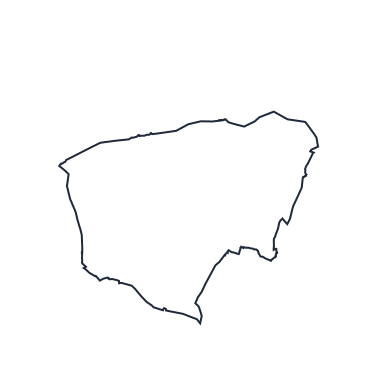 Gol nor, Buskerud, Norway, rotated 320°
{"feature_id": "86288312B77514254220313", "entity_name": "Gol nor", "entity_type": "district", "adm_level": 2, "iso_a3": "NOR", "parent_name": "Norway", "parent_adm1": "Buskerud", "projection": "mercator", "projection_center": [9.017, 60.751], "detail": "fine", "context": "isolated", "style": "outline", "palette": "slate", "viewbox_px": 384, "rotation_deg": 320, "n_neighbors": 0, "source": "geoboundaries", "source_scale": "gbopen_adm2", "svg_char_len": 5586}
<svg xmlns="http://www.w3.org/2000/svg" viewBox="0 0 384 384"><g transform="rotate(320 192 192)"><path d="M146.3,93.6L132.0,90.3L116.1,86.6L115.7,86.7L115.0,87.2L114.7,87.3L114.3,87.4L114.0,87.4L113.0,86.9L112.3,86.9L111.5,87.0L110.7,86.6L110.3,86.3L110.2,86.2L110.1,86.3L109.8,86.5L109.6,86.5L109.4,86.3L108.8,86.2L108.4,86.3L107.9,86.4L107.3,86.6L107.0,86.7L108.0,91.4L108.5,94.4L108.6,95.8L109.0,99.0L99.8,107.3L98.8,109.7L97.9,111.3L97.7,111.9L97.4,112.3L94.1,119.1L93.8,120.0L93.1,122.6L92.4,124.6L91.6,127.4L91.1,129.0L90.7,130.2L89.9,132.8L86.6,139.2L85.5,141.8L83.5,146.3L82.7,148.5L82.4,148.9L82.4,149.0L82.1,149.7L81.2,151.5L81.0,151.9L80.8,152.3L80.3,153.2L79.9,154.1L74.4,161.2L72.8,163.3L71.9,164.5L71.7,164.7L70.0,166.6L69.5,167.2L69.2,167.1L68.4,167.9L68.6,168.2L66.1,171.0L65.4,171.7L65.2,172.1L63.1,174.8L62.4,175.3L62.0,176.1L62.7,181.1L60.2,180.7L60.8,182.7L61.4,187.8L63.6,194.2L63.7,194.3L63.9,194.3L64.0,194.3L64.1,194.2L64.3,194.3L64.5,198.1L64.5,200.7L66.8,201.1L68.6,201.5L72.4,203.3L72.9,204.3L72.3,204.9L72.8,206.0L74.7,207.1L77.7,211.0L78.9,213.1L77.5,215.1L78.7,215.6L79.9,216.8L85.6,225.0L85.8,227.1L86.1,229.2L86.1,230.7L86.1,239.8L86.6,247.1L88.0,252.0L88.3,253.1L88.3,253.5L88.4,254.1L88.5,255.9L88.9,256.2L91.0,259.7L92.6,262.2L93.8,263.9L94.5,263.4L94.9,263.2L95.2,263.1L96.0,263.1L96.3,263.6L96.4,263.9L96.5,264.2L96.8,264.8L96.5,265.3L96.0,265.9L96.0,266.1L96.4,266.3L96.6,266.9L97.1,267.6L101.5,273.0L105.8,278.3L106.5,279.3L106.8,279.6L108.4,282.5L108.7,283.1L111.4,288.0L112.2,289.4L112.8,290.5L113.2,291.2L114.0,292.6L113.9,294.6L113.9,295.8L113.8,297.8L119.7,293.3L121.6,289.0L122.4,287.1L122.6,286.5L122.8,286.0L123.5,284.0L123.4,282.6L123.0,279.4L124.1,278.8L125.2,278.3L125.9,277.9L127.8,277.0L128.7,276.4L129.7,276.2L130.7,275.9L134.5,274.9L135.5,274.6L143.0,271.1L162.9,263.2L168.1,263.2L176.3,261.3L176.4,261.6L176.6,261.9L176.8,261.8L176.8,261.4L176.8,261.2L179.5,260.9L180.3,260.7L180.4,261.4L181.2,260.6L182.6,260.1L182.8,260.4L182.8,260.7L183.0,261.3L183.1,261.8L183.2,262.2L183.5,262.8L183.6,263.2L183.9,263.8L184.1,264.0L184.5,264.4L184.6,264.7L184.8,264.8L185.4,265.6L185.6,265.8L186.1,266.7L186.3,267.1L186.7,267.6L186.7,267.8L186.7,268.1L186.8,268.2L187.1,268.5L187.9,269.6L189.3,268.8L190.4,267.9L191.4,267.4L191.6,267.2L192.3,266.8L192.7,266.5L193.1,266.3L194.5,265.5L194.7,265.8L194.7,266.0L194.3,266.0L194.5,266.2L194.8,266.2L194.9,266.6L195.0,266.8L195.3,267.8L195.5,267.7L196.3,267.5L196.6,268.3L197.4,269.3L197.8,269.7L198.7,270.3L199.0,270.5L199.3,270.8L199.8,271.5L200.7,272.9L201.0,273.2L201.5,273.7L201.9,274.1L202.1,274.3L202.4,274.9L202.5,275.1L202.5,275.3L202.6,275.6L202.6,275.9L202.7,276.0L202.9,276.2L203.2,276.4L203.4,276.6L204.1,277.0L204.2,277.3L204.4,278.0L204.5,278.2L204.5,278.8L204.5,279.1L204.7,279.3L204.6,279.7L204.6,279.9L204.1,280.7L204.0,281.3L203.9,281.5L203.6,281.9L203.5,282.0L203.5,282.4L203.3,284.0L203.1,284.7L203.0,285.0L203.1,285.4L203.3,285.8L203.5,286.1L203.7,286.3L204.4,286.7L204.5,286.9L204.6,287.1L204.6,287.4L204.7,287.5L204.9,288.0L205.0,288.3L205.1,288.8L205.2,289.1L205.3,289.5L205.5,289.9L205.7,290.4L206.1,291.2L206.3,291.6L206.5,291.9L207.3,293.4L207.9,294.6L208.2,295.5L208.9,295.4L209.2,295.1L209.4,295.2L210.0,295.0L210.6,295.1L211.1,295.1L211.8,295.2L212.0,295.1L212.4,295.1L212.7,295.1L213.1,295.1L213.4,295.1L213.7,295.4L214.0,295.4L214.7,295.4L214.8,295.1L214.9,294.9L215.1,294.8L215.2,294.5L215.3,294.5L215.3,294.4L215.6,294.2L215.9,294.0L216.1,293.7L216.5,293.5L216.6,293.4L216.8,293.4L217.0,293.2L217.1,293.3L217.3,293.3L217.5,293.4L217.9,293.3L218.1,293.4L218.5,292.9L218.4,292.2L218.5,291.9L219.6,290.2L219.8,289.9L220.0,289.7L219.6,289.4L219.3,289.3L218.7,289.2L218.1,288.9L217.4,288.8L217.9,288.1L218.7,287.3L219.2,287.0L219.4,286.8L219.4,286.7L219.6,286.4L220.1,286.0L222.6,282.8L224.5,280.6L226.6,279.8L227.9,279.1L229.5,277.9L230.3,277.6L231.6,276.9L233.3,275.9L234.6,275.2L235.6,274.3L237.3,273.1L237.9,272.5L239.4,271.4L241.4,270.7L242.8,270.6L243.9,270.6L244.2,270.5L244.2,273.4L244.3,275.3L244.3,277.8L246.2,277.1L246.8,276.8L248.3,276.2L249.7,275.6L260.1,268.0L262.1,267.1L264.2,266.1L264.7,265.9L272.2,262.4L279.0,259.1L285.6,252.7L285.8,252.7L286.0,252.4L286.7,252.0L286.9,251.9L287.0,252.0L287.3,252.4L287.5,252.5L287.8,252.5L288.5,252.3L288.8,252.7L289.2,252.6L289.3,252.7L289.5,252.6L289.8,252.7L289.9,252.4L290.2,252.3L290.3,252.1L290.6,252.1L290.5,251.9L290.8,251.2L291.0,250.9L291.0,250.4L291.2,249.9L291.6,249.3L291.7,249.2L291.9,249.0L292.8,248.3L293.0,247.9L293.1,247.6L293.4,247.3L293.6,246.9L296.5,245.4L298.3,244.9L298.8,244.8L299.1,244.7L309.3,240.1L309.9,240.0L310.5,240.0L308.7,236.9L309.5,236.5L310.5,236.4L310.9,236.4L317.8,238.3L319.6,234.9L320.5,233.5L322.4,230.1L322.9,225.5L323.1,222.5L323.5,217.2L323.8,211.1L321.7,208.7L320.4,207.3L312.0,197.8L311.0,195.4L306.3,183.0L291.9,178.1L285.2,178.2L274.0,175.4L267.8,166.7L264.8,162.1L264.6,160.1L264.6,159.3L264.4,158.4L264.5,158.1L264.0,157.9L264.1,157.7L263.8,157.3L263.5,157.1L263.2,157.1L262.8,157.3L260.9,156.4L260.5,156.1L260.8,155.7L259.9,155.0L259.0,154.5L258.8,155.0L252.3,150.6L250.9,149.3L244.2,143.5L232.7,137.7L219.3,135.0L204.4,125.8L202.1,124.3L198.6,122.0L198.6,120.9L198.5,120.5L198.3,120.3L198.1,120.3L197.5,120.6L197.0,120.7L196.0,120.6L195.7,120.5L195.6,120.4L195.1,119.9L195.0,119.6L194.7,119.4L192.8,118.6L192.3,118.5L191.7,118.3L189.2,116.2L187.7,115.3L187.7,115.2L188.0,114.9L188.0,114.2L187.2,113.9L185.3,114.2L181.7,112.5L180.6,111.4L177.7,111.2L165.8,103.2L154.3,95.9L153.1,95.3L152.7,95.2L146.3,93.6Z" fill="none" stroke="#1e293b" stroke-width="2"/></g></svg>